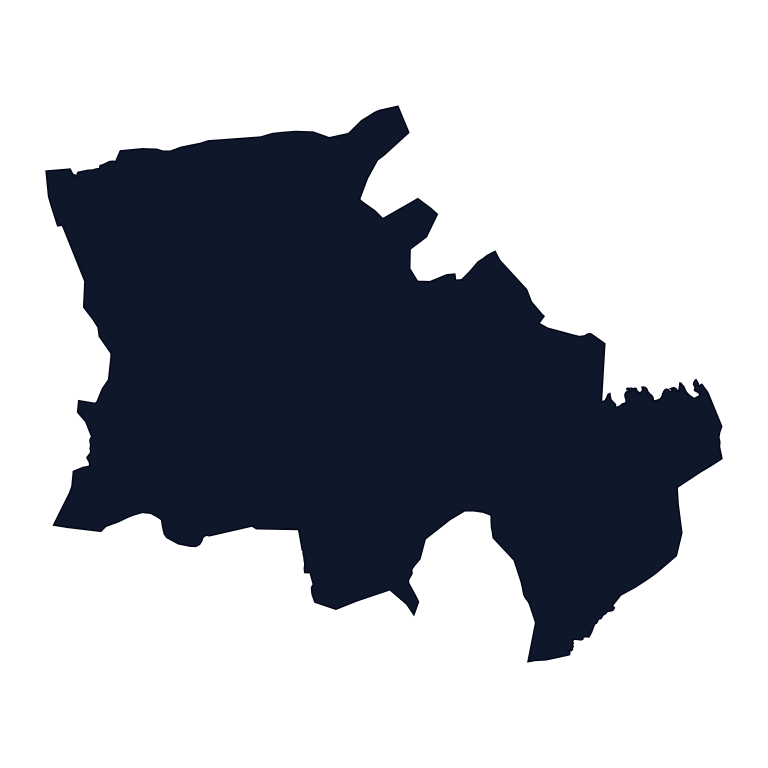 Ringim, Jigawa, Nigeria (orthographic projection)
{"feature_id": "59680162B52609098277437", "entity_name": "Ringim", "entity_type": "district", "adm_level": 2, "iso_a3": "NGA", "parent_name": "Nigeria", "parent_adm1": "Jigawa", "projection": "orthographic", "projection_center": [9.164, 12.166], "detail": "fine", "context": "isolated", "style": "filled", "palette": "ink", "viewbox_px": 768, "rotation_deg": 0, "n_neighbors": 0, "source": "geoboundaries", "source_scale": "gbopen_adm2", "svg_char_len": 4703}
<svg xmlns="http://www.w3.org/2000/svg" viewBox="0 0 768 768"><path d="M528.0,661.7L535.2,660.4L546.1,659.8L569.5,654.7L569.9,652.3L568.4,651.0L569.2,650.3L571.2,650.7L572.5,649.4L572.1,647.7L573.2,646.7L572.6,645.1L573.1,643.1L572.6,641.0L573.8,639.2L577.5,639.4L581.0,639.9L582.8,639.2L582.8,637.7L585.4,636.5L588.9,637.0L591.7,631.8L593.2,627.4L594.9,623.7L596.4,623.2L597.5,621.2L598.8,618.8L600.8,618.7L601.9,617.0L603.5,614.6L605.4,613.8L607.5,611.3L610.3,611.0L612.9,610.3L614.4,607.9L612.3,605.6L620.9,594.9L635.0,587.3L648.6,578.4L657.1,572.2L676.3,555.7L681.8,532.8L678.1,504.1L677.1,487.4L700.6,471.8L711.1,465.6L721.9,458.6L719.5,447.0L719.8,441.6L718.8,437.5L719.7,432.1L721.7,426.4L707.9,392.7L701.9,384.3L699.5,385.8L698.5,384.9L698.2,383.4L697.5,382.2L696.0,379.7L694.9,380.8L693.9,382.4L693.6,384.3L694.4,385.9L695.1,387.7L694.4,390.2L696.2,391.5L698.3,392.3L699.2,393.4L699.6,393.9L699.6,395.4L698.5,396.6L696.7,397.1L695.5,398.1L693.9,398.4L692.3,397.4L690.0,395.9L687.8,393.8L687.3,393.2L686.0,391.6L684.7,388.9L683.8,386.6L681.8,384.6L680.9,383.1L679.9,383.0L679.8,384.4L679.5,386.6L679.2,388.5L678.7,390.8L678.3,391.3L677.5,392.2L676.9,392.2L677.2,391.1L677.3,390.7L676.0,388.8L674.2,387.7L672.1,388.1L670.5,388.7L672.4,390.2L671.1,391.4L669.6,391.4L668.4,389.6L666.2,389.2L664.5,390.3L663.6,391.8L662.7,393.9L662.0,396.5L660.3,398.9L658.3,399.9L655.6,400.7L652.9,401.1L653.3,399.0L652.7,396.8L651.2,395.0L650.0,394.3L647.8,391.6L646.8,388.9L645.3,387.5L643.4,387.0L642.0,387.2L642.4,388.4L642.6,389.7L642.1,391.1L640.9,392.4L639.0,392.7L637.9,391.7L636.7,390.3L636.2,388.7L635.0,388.2L633.2,388.8L631.1,388.1L629.5,388.6L628.0,388.2L626.8,388.8L627.1,389.8L628.6,389.5L629.1,390.6L628.7,391.5L627.4,391.6L626.0,392.3L625.2,393.6L624.9,395.4L625.3,397.6L626.0,399.4L626.1,400.7L626.2,401.7L624.9,403.4L622.6,403.8L620.0,406.0L617.8,406.9L615.2,407.4L615.5,404.5L611.0,399.8L610.3,396.4L609.8,393.5L608.0,394.5L606.7,397.9L604.9,401.0L601.4,401.7L604.8,343.7L593.0,335.3L590.4,333.6L587.5,334.1L584.7,335.9L579.4,336.6L574.7,335.5L547.3,328.1L538.9,323.3L544.0,316.2L541.8,314.2L531.4,301.9L526.6,289.6L499.7,260.3L497.8,256.7L495.1,251.4L493.5,252.2L487.1,255.5L483.3,258.6L478.1,261.9L470.1,271.3L461.7,279.8L455.6,280.3L454.8,274.1L446.8,274.8L430.0,281.7L417.5,281.4L409.7,268.6L410.1,249.1L426.4,236.8L437.3,214.3L431.0,208.6L417.8,198.7L409.8,203.4L409.4,203.6L382.9,218.7L382.6,218.6L374.8,210.8L362.6,202.2L359.5,199.3L367.4,178.3L377.4,160.0L383.7,155.3L408.8,132.5L397.9,106.3L379.6,110.4L374.9,112.4L366.1,117.9L361.8,120.5L348.5,133.6L329.1,137.8L313.3,132.1L295.9,131.5L282.5,132.5L272.5,133.6L260.5,137.1L208.1,140.9L200.4,143.4L181.0,147.3L170.4,151.2L163.0,151.2L156.8,149.3L142.4,148.8L120.3,150.9L115.6,161.8L113.3,161.2L109.4,161.6L107.3,162.7L102.9,164.8L100.2,165.5L99.5,168.6L96.2,169.0L94.4,169.5L92.5,170.1L88.0,170.3L78.1,172.3L77.9,172.7L77.8,172.9L77.6,173.1L77.5,173.4L77.4,173.6L77.2,173.9L77.3,174.2L77.2,174.5L77.2,174.8L77.2,175.1L77.2,175.7L77.3,176.2L72.7,174.1L70.1,169.1L46.1,171.1L48.6,196.5L51.5,206.5L57.7,225.8L62.4,225.2L84.9,281.3L83.7,307.2L93.0,319.3L98.1,327.3L99.3,336.3L111.1,353.3L111.0,357.7L108.6,379.7L102.4,388.8L97.1,401.7L95.3,403.5L78.7,400.7L77.6,412.2L85.7,421.5L91.4,435.9L91.7,436.8L90.9,438.0L90.3,439.1L90.0,440.2L90.1,442.0L90.5,444.0L90.7,445.8L90.3,447.3L90.2,448.8L90.5,450.3L90.7,452.0L90.0,453.6L89.1,454.7L88.0,456.1L86.9,457.6L89.5,462.4L89.8,466.0L86.7,466.8L83.0,467.5L73.4,471.4L72.0,486.3L69.4,493.5L65.4,501.4L53.6,525.1L67.3,527.3L100.9,531.3L105.7,526.4L118.9,521.5L127.3,517.4L132.9,515.1L142.2,512.4L150.6,513.2L156.8,516.5L161.5,519.6L162.9,528.0L164.3,533.9L166.8,537.5L178.3,543.8L190.3,546.2L195.9,546.4L199.6,544.3L201.7,541.0L202.9,537.3L205.5,535.6L206.8,535.2L209.3,535.8L252.0,526.0L256.4,528.7L267.1,528.9L298.6,529.5L302.3,550.1L303.3,551.4L303.1,553.2L303.9,557.1L304.3,560.4L304.8,563.9L304.7,566.1L304.3,568.1L304.5,570.1L304.7,572.5L307.1,572.7L310.1,572.6L312.5,581.4L313.4,584.6L312.3,586.0L311.5,587.7L311.8,591.0L312.0,593.7L312.6,595.7L314.9,602.1L331.3,607.7L335.9,609.2L356.7,600.9L386.3,590.9L389.9,589.7L406.7,604.1L413.9,614.8L418.5,601.8L415.8,596.3L410.5,586.6L408.6,583.3L408.5,579.8L412.0,573.6L411.7,569.4L414.3,565.6L419.9,559.0L425.2,539.0L449.9,519.6L464.6,510.8L473.8,510.8L483.0,512.1L490.6,514.9L491.3,516.9L491.2,519.1L491.2,519.3L491.2,519.5L491.2,519.8L491.2,520.0L491.2,520.3L491.2,520.5L491.2,520.8L491.2,521.0L491.4,524.8L491.5,526.8L491.8,528.9L492.4,531.7L493.2,537.8L514.1,560.1L521.1,581.5L522.5,587.6L523.2,591.7L523.9,594.8L525.0,597.1L526.0,598.7L527.9,601.0L529.5,604.0L535.7,622.7L528.0,661.7Z" fill="#0f172a" stroke="#020617" stroke-width="1.5"/></svg>